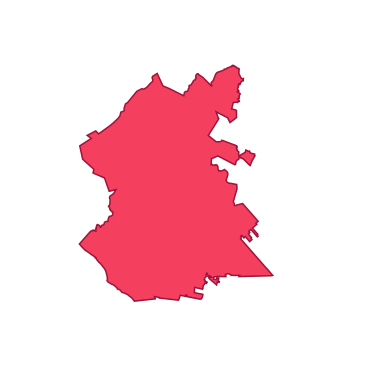 Nombre de Dios, Durango, Mexico (Albers equal-area conic projection), rotated 42°
{"feature_id": "50627088B91815790044654", "entity_name": "Nombre de Dios", "entity_type": "district", "adm_level": 2, "iso_a3": "MEX", "parent_name": "Mexico", "parent_adm1": "Durango", "projection": "albers", "projection_center": [-104.207, 23.841], "detail": "fine", "context": "isolated", "style": "filled", "palette": "rose", "viewbox_px": 384, "rotation_deg": 42, "n_neighbors": 0, "source": "geoboundaries", "source_scale": "gbopen_adm2", "svg_char_len": 6035}
<svg xmlns="http://www.w3.org/2000/svg" viewBox="0 0 384 384"><g transform="rotate(42 192 192)"><path d="M307.8,200.0L298.8,198.8L297.5,198.8L259.3,194.2L259.4,193.2L257.8,192.1L258.0,191.0L261.3,191.4L261.5,189.4L268.1,190.3L268.4,187.3L266.8,187.1L266.8,186.1L262.0,185.5L262.1,183.5L260.5,183.3L260.8,180.5L270.6,181.6L270.7,180.6L269.1,180.4L269.2,179.4L261.1,178.4L261.8,172.5L260.4,172.4L260.8,169.5L237.3,166.7L232.8,173.6L230.8,172.2L229.6,171.9L229.0,171.2L223.3,159.5L220.2,156.5L215.1,159.6L213.7,160.6L211.8,161.3L209.5,160.5L209.4,160.1L207.2,155.4L206.1,154.1L204.7,153.5L201.1,153.5L200.2,155.9L199.1,157.4L198.5,157.5L198.1,158.4L196.4,157.9L194.8,156.4L194.5,155.9L192.2,155.3L190.9,156.3L190.8,157.5L188.7,158.1L188.0,159.0L187.6,158.0L187.0,157.7L184.2,154.3L187.1,147.9L205.6,143.1L205.9,142.4L204.7,140.4L204.3,140.1L204.2,138.1L204.9,136.5L203.8,135.1L203.6,134.4L203.7,134.2L204.3,133.9L204.5,133.7L205.0,133.7L205.0,134.2L206.6,133.6L206.4,133.5L207.0,133.3L208.1,133.1L215.8,133.5L216.2,133.5L216.3,133.3L216.5,133.3L216.5,133.5L217.3,133.5L217.2,133.1L217.4,133.1L215.7,128.4L214.6,123.0L214.0,123.2L213.2,121.9L209.2,124.0L207.3,123.1L206.6,124.3L205.8,124.2L203.9,124.8L205.0,127.0L202.8,133.6L201.9,133.3L200.0,130.9L198.5,131.0L197.9,130.7L197.7,130.8L197.6,130.5L196.3,129.9L196.1,129.6L195.8,129.7L195.6,129.4L195.6,129.0L195.4,129.1L195.3,128.6L195.2,128.7L194.7,128.4L194.3,127.8L179.6,133.5L179.8,134.2L179.7,134.8L179.0,136.1L176.4,138.5L166.3,139.1L162.9,119.6L162.1,119.2L161.8,119.3L156.3,116.3L168.7,113.0L173.8,115.0L175.3,106.9L170.4,101.6L168.1,102.5L166.3,103.5L166.0,103.8L162.8,98.0L164.8,95.4L165.9,95.0L165.7,94.5L165.8,94.5L165.9,94.1L166.6,93.0L166.3,92.7L163.9,92.1L164.2,91.9L164.1,91.6L164.3,91.3L164.1,91.3L164.1,90.8L163.9,90.7L163.9,90.3L163.3,89.7L163.3,89.4L162.7,88.8L162.1,86.7L158.5,87.2L158.4,86.7L158.5,86.5L159.3,85.9L159.4,85.6L159.2,85.5L158.3,85.6L157.7,85.1L157.0,84.9L156.4,84.2L156.2,82.7L155.8,82.2L155.4,82.0L155.2,81.7L154.8,81.6L154.8,81.3L154.5,80.3L154.7,80.0L155.5,80.3L155.7,80.1L155.7,79.7L154.9,78.3L155.0,77.4L154.8,76.5L155.7,75.0L155.5,74.8L155.3,74.8L155.2,74.6L154.3,73.4L154.2,73.7L153.4,74.3L152.6,74.5L151.8,74.2L151.0,74.1L149.1,73.2L147.6,72.7L146.7,71.5L146.3,71.4L146.2,70.9L145.9,70.7L144.8,68.9L144.7,68.9L144.3,69.1L144.0,69.4L143.7,69.2L143.0,69.2L142.9,69.5L142.7,69.7L141.9,69.8L140.5,69.5L140.3,69.6L140.1,70.1L139.0,70.0L138.4,70.2L138.1,70.2L137.5,70.6L137.2,71.2L137.9,71.4L136.5,73.7L136.1,74.9L135.4,75.6L134.7,78.5L134.2,78.8L134.5,78.9L133.8,80.3L133.8,80.7L130.7,86.3L130.7,88.4L132.8,93.9L133.3,95.9L133.0,97.7L134.5,99.5L135.7,99.7L135.4,100.2L123.5,99.6L118.1,100.3L117.5,100.3L117.4,100.1L117.0,100.4L116.7,101.2L116.7,102.2L117.3,103.5L118.1,104.2L118.7,104.3L119.1,105.0L118.8,105.7L119.1,106.1L119.3,106.7L118.7,107.5L118.7,108.9L119.2,110.1L119.4,112.2L119.6,113.6L118.7,114.5L118.6,114.8L119.3,115.8L120.1,116.4L120.2,116.7L120.2,117.6L120.9,118.7L121.1,119.8L121.1,120.4L120.1,121.5L119.7,123.0L121.5,126.0L105.7,130.4L99.4,132.6L86.8,127.2L85.3,132.4L85.9,133.8L87.7,134.8L88.3,135.4L88.7,136.2L88.3,139.8L88.4,144.4L87.3,147.9L85.6,148.8L83.6,154.1L84.3,168.8L83.9,169.9L83.6,171.0L85.5,175.3L86.8,176.4L87.2,177.3L85.7,180.3L87.5,183.7L87.8,186.2L87.3,193.2L86.5,198.4L83.7,211.3L79.6,211.0L76.2,220.1L81.3,219.6L77.7,232.8L88.8,240.8L103.9,240.8L105.7,244.1L117.6,240.1L130.0,246.9L133.9,241.1L134.7,245.2L134.5,247.5L134.3,247.9L133.8,249.9L134.2,251.0L134.9,251.8L136.1,252.4L136.7,253.0L138.7,255.5L139.4,256.7L139.6,257.3L139.4,258.2L139.4,258.4L140.2,258.5L140.6,258.8L140.9,258.8L141.8,259.2L142.3,259.8L143.4,259.8L143.8,260.3L145.6,260.0L145.8,260.3L146.2,260.0L146.7,259.9L147.0,260.1L147.8,261.3L148.3,262.5L148.3,263.1L148.1,263.9L147.2,264.9L146.9,265.6L147.3,266.8L147.9,268.4L149.3,270.1L149.2,270.3L148.3,270.9L147.8,271.4L147.4,272.4L147.4,273.5L148.0,274.5L148.3,275.4L148.2,275.8L147.5,276.6L147.2,277.3L147.3,277.8L147.8,278.7L147.8,279.1L147.7,279.4L147.4,279.5L145.8,278.9L145.3,278.9L143.9,279.2L143.8,279.6L143.5,279.6L143.4,279.9L143.6,280.2L143.5,280.6L143.8,280.9L143.9,281.2L144.5,282.2L144.5,282.5L144.8,282.5L145.1,282.9L145.5,283.2L145.5,283.4L145.1,283.5L145.1,283.8L145.7,284.0L145.9,285.0L146.7,285.4L146.2,285.7L145.7,285.9L144.9,285.8L144.7,286.1L144.7,286.4L144.1,286.5L144.2,287.0L143.7,287.2L143.7,287.8L143.4,288.1L143.2,289.0L142.9,289.1L142.9,289.5L143.1,289.8L142.9,290.0L143.1,306.0L147.0,306.5L152.3,306.8L152.5,306.5L159.2,305.8L164.2,305.1L163.7,306.2L164.3,305.6L164.9,305.5L166.6,306.0L168.1,306.2L168.7,306.5L172.4,306.5L174.3,306.8L175.3,307.1L178.2,307.5L180.5,308.3L180.8,308.6L182.1,309.2L183.2,310.1L185.4,311.4L186.0,312.2L186.7,312.5L187.0,312.8L187.6,313.6L188.0,314.6L189.0,315.0L190.0,315.1L191.9,314.6L193.2,314.5L197.2,313.2L198.1,313.6L198.8,313.4L200.2,313.4L201.3,314.0L201.9,313.9L203.3,313.2L204.4,312.9L206.6,313.5L207.3,313.4L208.5,312.7L210.9,311.9L212.1,311.5L213.5,311.3L215.0,311.3L217.8,311.0L219.6,311.2L222.2,311.7L236.2,296.0L235.9,295.6L235.4,295.8L234.1,294.8L238.2,292.3L238.6,292.7L254.4,281.4L252.4,276.6L257.0,273.9L256.3,272.8L257.4,272.1L258.1,273.2L269.3,266.5L270.4,265.5L270.3,264.0L270.0,263.2L268.9,261.1L268.5,260.8L261.1,265.2L257.8,261.1L264.1,257.6L264.9,257.4L264.9,256.7L262.9,254.0L263.0,252.2L262.5,250.9L263.5,250.4L263.9,250.3L263.6,248.9L262.4,249.1L261.3,249.6L261.0,249.0L260.1,248.6L259.7,248.9L259.2,248.0L259.1,246.4L259.1,245.1L257.8,244.2L257.3,242.4L258.5,242.8L260.1,243.6L260.3,244.1L261.1,244.1L261.2,242.3L263.5,242.4L262.0,244.2L262.0,244.6L262.7,244.7L264.4,244.8L267.6,244.7L272.5,244.6L271.0,242.1L272.6,241.0L272.2,240.3L271.3,240.9L269.6,238.1L268.0,239.2L268.9,240.7L266.3,242.4L265.0,240.5L267.2,238.0L269.0,236.2L269.6,235.9L273.9,232.2L273.5,231.7L273.3,231.6L272.8,231.7L272.3,231.5L272.1,231.0L272.1,230.4L272.3,230.1L272.8,229.7L273.2,228.8L274.6,228.0L276.4,227.5L276.9,227.8L283.2,222.1L283.5,223.4L306.6,201.5L307.8,200.0Z" fill="#f43f5e" stroke="#9f1239" stroke-width="1.5"/></g></svg>